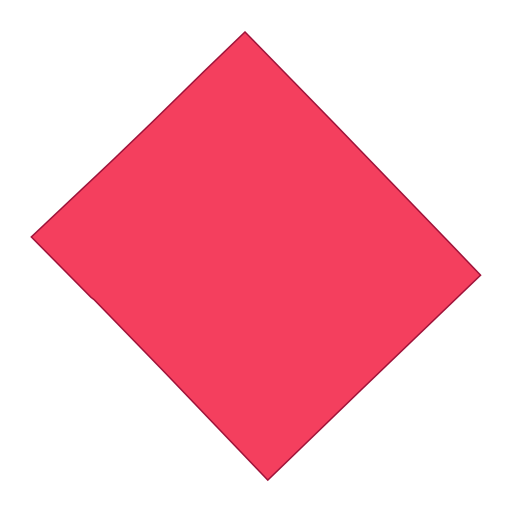 Tippecanoe, Indiana, United States of America (Albers equal-area conic projection), rotated 316°
{"feature_id": "52423323B85350878130574", "entity_name": "Tippecanoe", "entity_type": "district", "adm_level": 2, "iso_a3": "USA", "parent_name": "United States of America", "parent_adm1": "Indiana", "projection": "albers", "projection_center": [-86.889, 40.389], "detail": "fine", "context": "isolated", "style": "filled", "palette": "rose", "viewbox_px": 512, "rotation_deg": 316, "n_neighbors": 0, "source": "geoboundaries", "source_scale": "gbopen_adm2", "svg_char_len": 380}
<svg xmlns="http://www.w3.org/2000/svg" viewBox="0 0 512 512"><g transform="rotate(316 256 256)"><path d="M404.2,425.8L404.4,383.1L404.4,341.2L404.4,213.6L403.7,87.2L347.4,87.1L275.1,87.6L219.7,87.5L191.8,87.2L177.3,87.0L107.6,86.2L108.6,171.1L109.2,175.0L109.5,277.5L108.8,425.4L234.8,425.3L276.7,425.4L404.2,425.8Z" fill="#f43f5e" stroke="#9f1239" stroke-width="1.5"/></g></svg>